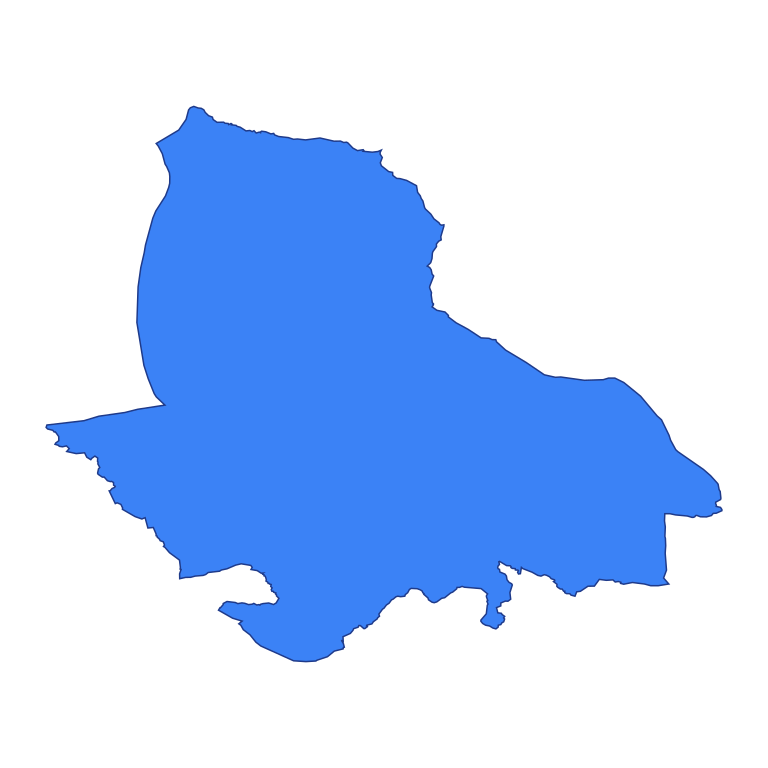 Trøgstad nor, Østfold, Norway
{"feature_id": "86288312B38891464101956", "entity_name": "Trøgstad nor", "entity_type": "district", "adm_level": 2, "iso_a3": "NOR", "parent_name": "Norway", "parent_adm1": "Østfold", "projection": "robinson", "projection_center": [11.334, 59.671], "detail": "fine", "context": "isolated", "style": "filled", "palette": "blue", "viewbox_px": 768, "rotation_deg": 0, "n_neighbors": 0, "source": "geoboundaries", "source_scale": "gbopen_adm2", "svg_char_len": 6100}
<svg xmlns="http://www.w3.org/2000/svg" viewBox="0 0 768 768"><path d="M136.9,322.5L143.9,365.3L148.2,378.7L154.2,393.6L156.3,396.9L164.9,405.1L137.6,409.3L124.9,412.5L98.9,416.2L84.0,420.7L46.9,425.0L46.1,427.4L47.6,429.0L52.8,430.3L54.2,432.0L55.4,431.9L58.7,436.5L58.8,440.7L55.7,443.0L55.0,444.3L58.6,445.4L59.2,446.3L62.5,446.8L66.5,445.9L69.2,448.6L66.7,451.5L76.2,453.6L84.6,452.8L86.8,457.2L90.8,459.7L91.9,458.2L94.9,456.1L97.7,458.0L97.5,461.4L98.0,462.0L97.9,464.0L99.8,467.5L98.5,468.9L97.6,473.1L98.1,474.3L102.3,477.1L104.2,477.1L107.4,480.7L110.3,481.6L111.6,481.4L113.5,482.5L113.6,485.2L115.2,486.3L114.6,487.4L112.1,488.5L110.1,490.8L109.2,490.9L115.3,503.6L117.1,502.8L120.9,504.4L122.6,507.9L122.4,509.3L135.1,516.6L141.9,519.0L145.1,517.7L147.9,528.0L153.3,527.5L156.1,534.0L156.1,535.7L157.2,536.2L157.2,537.1L159.4,539.1L160.2,540.7L163.3,541.8L164.5,545.1L163.5,546.5L164.9,547.3L169.5,552.7L179.5,560.1L180.4,567.4L180.1,569.1L181.1,569.4L179.6,573.8L179.7,578.7L185.6,577.4L190.7,577.3L195.1,576.1L203.2,575.4L205.7,574.5L208.2,572.5L219.6,571.2L221.4,570.0L227.0,568.8L235.7,565.1L241.2,563.8L250.8,565.4L252.2,567.4L251.0,569.5L257.2,570.6L261.2,573.2L263.1,573.1L262.5,573.5L262.6,574.2L264.1,574.9L264.0,575.8L265.2,576.2L265.7,577.5L266.3,579.5L266.0,581.1L267.8,582.2L268.1,583.4L269.2,583.4L269.4,584.0L271.2,584.5L270.7,586.4L272.1,587.9L271.2,589.6L271.9,591.3L273.4,591.4L273.8,592.3L275.9,593.0L275.5,593.9L276.5,594.9L276.5,595.9L278.9,598.3L276.2,602.9L273.6,604.5L268.7,603.0L262.9,603.6L260.5,604.3L259.9,605.1L258.9,604.6L256.8,605.0L253.8,603.4L252.2,604.2L248.5,604.6L244.8,603.3L241.9,602.9L237.8,603.6L235.3,602.5L227.0,601.5L223.2,603.5L223.2,604.6L220.4,607.8L220.0,607.7L218.5,610.2L232.6,618.2L242.1,621.1L238.8,623.8L240.8,625.2L243.3,629.7L250.0,634.8L255.9,642.2L260.8,646.0L293.6,660.8L305.9,661.6L315.9,661.0L317.0,660.2L327.5,656.7L334.3,651.1L343.1,648.9L343.4,647.5L344.3,647.2L343.4,643.6L341.4,640.2L343.2,641.3L343.0,636.7L350.4,633.4L353.0,630.3L353.6,628.7L358.1,627.2L358.9,625.5L360.4,625.6L363.8,628.6L364.8,628.6L367.5,626.6L367.3,625.9L366.6,625.8L366.8,625.2L371.9,623.9L373.4,621.7L377.3,618.8L377.6,617.8L379.5,616.2L378.9,614.1L382.5,609.2L384.0,608.2L386.4,605.0L389.1,603.2L391.5,599.9L393.2,599.1L395.9,596.8L397.8,596.2L400.6,596.7L404.8,596.2L405.3,594.6L407.7,592.7L409.4,589.5L411.1,588.4L417.2,588.7L420.2,589.8L422.1,591.0L422.9,592.8L424.0,593.7L423.8,594.3L428.0,598.0L428.5,599.8L432.0,602.2L434.2,602.7L436.8,601.9L441.7,598.3L444.7,597.7L450.7,592.9L452.7,592.1L456.7,588.8L457.0,587.4L459.5,587.4L462.1,586.4L464.4,587.2L481.1,588.6L487.6,593.9L486.5,595.5L486.4,596.7L487.8,600.6L486.9,601.2L488.0,604.1L487.3,605.2L486.3,613.8L480.9,620.1L480.9,621.3L482.7,623.5L485.6,625.2L489.6,626.0L492.8,628.0L495.9,628.9L498.1,627.2L498.3,625.2L500.8,624.6L501.9,622.8L503.7,621.8L504.6,619.0L503.6,617.9L504.7,616.4L502.1,614.5L501.4,613.3L497.8,612.8L496.5,607.6L500.8,605.9L500.8,603.0L505.3,601.1L508.0,601.2L510.7,599.2L509.9,592.6L512.3,585.0L511.7,583.8L509.0,582.3L507.0,579.7L506.4,576.0L505.0,574.1L499.9,572.0L499.5,569.4L498.1,568.7L497.7,567.7L498.0,566.1L499.5,564.4L498.8,561.8L499.6,561.4L506.6,565.6L510.3,565.8L511.0,566.5L510.9,567.5L512.2,568.4L515.2,568.6L515.4,570.0L517.9,570.1L518.4,570.6L517.6,572.3L518.5,574.0L520.4,573.7L521.4,567.4L522.8,568.6L532.1,572.2L537.8,575.4L541.0,576.1L544.2,574.7L546.4,575.2L549.6,576.8L551.2,578.7L554.5,579.8L554.8,580.8L553.5,581.6L557.0,584.3L556.8,586.2L557.6,587.2L560.3,589.0L562.2,589.1L563.6,591.2L564.8,591.2L564.7,592.6L566.4,593.6L569.8,593.7L571.0,595.1L575.0,596.2L576.7,591.8L580.4,591.3L588.0,586.2L594.4,586.1L599.3,579.4L606.3,580.3L612.9,579.9L615.2,582.0L618.3,581.5L620.9,582.3L620.6,583.4L623.7,584.2L632.4,582.5L644.4,584.0L650.7,585.7L658.3,585.7L668.8,584.0L663.6,578.0L666.5,570.1L665.2,553.2L665.7,545.7L665.4,538.4L664.9,536.4L665.3,526.9L664.5,520.9L664.8,513.7L669.9,513.7L675.5,514.9L687.3,516.0L692.1,517.4L693.7,517.3L695.0,516.6L695.5,515.6L696.8,515.4L700.5,516.8L706.5,516.9L711.5,515.5L713.2,513.4L716.3,513.2L721.9,510.7L721.9,509.5L720.5,507.4L716.2,506.4L716.4,505.3L715.6,503.4L715.7,502.2L720.6,499.5L720.9,498.3L720.2,491.5L719.1,489.6L718.1,484.2L717.3,483.1L710.6,475.7L703.4,469.4L677.9,451.7L675.7,449.6L670.6,440.2L669.0,435.2L661.5,419.8L657.1,415.9L640.6,396.2L623.8,382.5L614.9,378.1L608.5,378.1L603.2,379.7L584.4,380.3L560.8,377.0L555.4,377.3L544.3,374.8L526.5,362.7L505.6,350.1L496.5,341.8L495.8,339.7L492.1,339.6L489.0,338.3L481.1,337.9L468.2,329.4L456.1,322.8L448.3,316.9L448.4,315.4L445.0,312.0L436.9,310.3L432.1,306.9L433.4,304.8L433.0,304.5L433.4,303.8L432.3,302.6L431.2,294.9L431.5,292.7L429.6,287.8L429.7,286.3L433.7,276.0L432.1,274.1L431.2,269.8L429.7,267.5L427.2,266.1L430.7,262.7L432.0,258.6L432.4,253.2L432.9,251.6L436.5,246.6L436.4,244.0L438.7,241.2L441.2,239.9L440.8,236.7L443.9,226.1L443.9,224.8L441.6,225.2L440.0,224.4L439.1,222.9L433.9,218.8L430.9,214.2L425.4,209.0L424.6,207.6L422.9,201.0L421.2,198.5L420.3,195.9L417.6,192.3L416.5,185.7L406.6,180.4L400.0,178.6L396.7,178.4L392.8,175.4L392.6,172.4L388.7,171.6L381.4,165.8L380.3,162.8L382.3,157.5L380.2,154.3L380.1,152.5L381.3,150.1L378.0,151.5L372.4,152.2L363.2,151.3L363.9,150.6L363.2,149.7L357.5,150.6L352.9,148.1L347.9,142.9L346.6,142.2L343.7,142.5L340.5,141.1L334.1,141.2L320.0,138.0L305.6,139.9L297.5,139.0L293.5,139.3L288.4,137.6L278.6,136.5L274.6,134.9L273.7,133.4L270.9,133.9L265.8,131.8L261.6,131.2L260.8,131.7L260.6,132.7L259.3,132.1L256.2,133.0L254.0,130.7L252.2,131.6L249.9,130.5L246.0,130.9L240.2,127.2L237.2,126.4L236.2,125.4L231.5,124.8L231.9,124.1L231.0,123.5L228.7,124.6L228.2,123.5L224.9,123.2L223.7,122.2L217.0,122.3L213.1,119.5L212.4,117.1L208.6,115.7L205.2,112.4L203.8,109.8L201.2,108.3L198.2,108.0L193.8,106.4L190.3,107.8L188.6,109.9L186.1,119.4L178.7,130.1L156.2,143.5L158.2,146.0L162.3,153.7L165.1,164.1L166.7,166.6L169.4,172.8L169.8,176.5L169.7,183.3L168.7,187.4L165.5,195.9L155.8,211.0L152.8,218.2L145.5,245.0L144.2,252.8L140.8,267.6L138.1,286.9L136.9,322.5Z" fill="#3b82f6" stroke="#1e3a8a" stroke-width="1.5"/></svg>